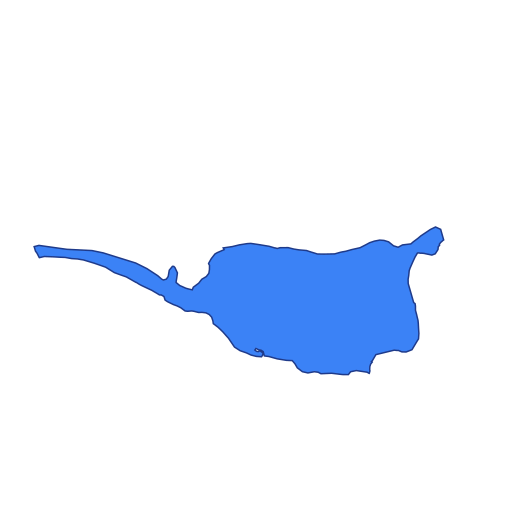 Sahil Silim, Asyut, Egypt, rotated 308°
{"feature_id": "37247803B82943552263009", "entity_name": "Sahil Silim", "entity_type": "district", "adm_level": 2, "iso_a3": "EGY", "parent_name": "Egypt", "parent_adm1": "Asyut", "projection": "natural_earth1", "projection_center": [31.355, 27.093], "detail": "fine", "context": "isolated", "style": "filled", "palette": "blue", "viewbox_px": 512, "rotation_deg": 308, "n_neighbors": 0, "source": "geoboundaries", "source_scale": "gbopen_adm2", "svg_char_len": 3112}
<svg xmlns="http://www.w3.org/2000/svg" viewBox="0 0 512 512"><g transform="rotate(308 256 256)"><path d="M383.3,393.7L384.2,394.0L390.7,385.1L389.4,379.6L384.3,377.1L379.7,375.6L373.7,373.6L369.1,372.6L363.6,371.1L360.9,370.6L354.9,364.6L350.4,362.6L349.7,360.7L348.7,358.1L348.8,351.8L347.1,347.3L344.7,343.7L340.6,340.1L336.5,337.4L332.4,335.6L326.6,332.9L320.0,327.5L315.1,323.9L312.2,321.3L311.0,320.3L306.1,316.7L299.5,308.6L295.4,303.2L294.4,300.5L293.0,296.9L291.4,292.4L287.3,286.1L284.8,281.6L282.4,276.2L277.4,269.9L275.0,268.1L274.3,266.4L274.2,266.4L274.2,266.5L271.7,260.3L266.8,251.3L262.7,244.1L260.3,241.4L254.5,236.0L248.8,231.5L242.2,225.2L241.4,227.0L234.8,223.4L232.3,222.4L226.6,222.4L225.6,222.5L221.6,223.1L220.8,223.3L220.0,225.1L216.6,227.7L213.3,229.5L209.2,229.5L204.3,227.6L199.3,227.6L192.8,225.8L190.9,226.4L190.1,226.6L188.5,223.2L187.4,220.5L186.4,216.4L185.8,214.2L185.9,210.7L185.9,209.4L186.9,208.7L189.5,207.3L194.3,204.5L197.0,199.2L197.2,197.6L196.4,196.5L191.4,196.4L185.8,199.4L182.6,199.6L180.1,197.8L179.7,195.9L180.0,190.7L178.9,177.8L176.4,165.5L164.4,133.7L159.3,123.4L144.8,102.8L140.8,95.9L130.7,78.4L126.8,75.4L125.4,77.4L124.1,79.2L123.3,81.9L121.6,85.5L121.3,86.2L121.3,86.3L125.3,89.5L131.0,97.4L134.3,102.2L137.4,106.5L140.5,112.4L143.8,117.2L145.4,120.2L146.6,122.3L150.7,132.9L152.6,138.4L154.6,144.4L155.7,154.6L157.9,161.4L159.7,166.7L161.3,177.6L161.5,177.8L161.6,178.8L161.8,181.1L162.3,184.0L162.9,186.7L163.9,191.1L164.4,193.3L164.8,195.0L165.1,197.5L165.5,200.3L165.9,203.9L167.0,205.4L167.4,208.4L165.3,211.5L165.5,214.3L166.0,216.8L166.9,220.9L168.1,224.6L168.9,228.5L169.0,233.9L170.3,236.1L172.9,238.9L173.0,239.1L173.2,239.3L173.7,240.2L174.2,241.1L176.2,245.6L178.3,248.1L180.4,251.6L181.1,255.2L180.5,258.7L178.3,262.0L176.4,264.0L176.5,269.9L175.8,276.6L174.8,281.9L174.3,284.8L171.0,295.1L171.6,301.8L173.3,306.8L173.4,307.0L173.9,308.7L174.9,313.1L177.1,318.1L180.0,322.4L181.5,322.3L183.9,321.4L183.8,319.0L183.7,317.4L182.0,316.6L181.2,315.2L181.2,313.0L183.1,312.9L183.8,315.9L184.9,318.1L185.1,320.5L182.4,324.1L184.7,328.0L188.0,336.0L192.5,344.2L195.9,349.0L195.0,353.2L193.3,357.4L193.4,363.8L195.8,368.9L200.7,373.2L202.7,376.6L203.2,379.6L204.2,380.8L210.1,387.7L215.8,397.1L219.4,401.8L223.0,401.8L224.1,402.7L227.5,405.6L232.8,415.0L233.2,417.5L233.3,417.5L235.6,416.5L236.4,415.6L238.9,413.8L241.4,412.9L243.9,412.9L243.9,412.0L244.7,412.1L245.5,412.1L252.1,411.2L266.9,422.9L268.2,425.0L269.3,426.5L270.2,429.9L271.0,431.0L272.8,433.4L276.3,435.5L278.2,436.6L287.8,435.4L290.7,435.1L295.3,432.0L296.4,431.0L297.3,430.2L299.1,428.6L302.8,425.4L305.0,423.3L307.2,420.5L309.0,418.3L309.8,417.2L311.4,415.1L314.7,412.5L316.4,410.7L316.4,408.9L328.0,392.9L331.3,390.2L334.6,388.4L338.7,385.8L341.2,384.9L347.8,383.2L353.0,382.0L357.7,381.4L358.6,382.3L359.4,383.8L360.3,384.9L361.6,387.0L362.4,388.7L363.5,390.9L365.0,394.0L368.1,395.9L370.0,395.7L371.6,395.6L373.2,395.4L375.5,393.9L377.4,394.1L378.2,393.2L379.6,393.2L380.3,393.2L381.4,393.4L382.4,393.6L383.3,393.7Z" fill="#3b82f6" stroke="#1e3a8a" stroke-width="1.5"/></g></svg>